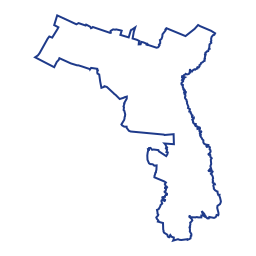 Jantetelco, Morelos, Mexico
{"feature_id": "50627088B92238721973394", "entity_name": "Jantetelco", "entity_type": "district", "adm_level": 2, "iso_a3": "MEX", "parent_name": "Mexico", "parent_adm1": "Morelos", "projection": "albers", "projection_center": [-98.756, 18.67], "detail": "fine", "context": "isolated", "style": "outline", "palette": "blue", "viewbox_px": 256, "rotation_deg": 0, "n_neighbors": 0, "source": "geoboundaries", "source_scale": "gbopen_adm2", "svg_char_len": 5880}
<svg xmlns="http://www.w3.org/2000/svg" viewBox="0 0 256 256"><path d="M209.5,217.0L214.0,217.9L215.6,217.2L216.4,215.8L216.6,215.0L218.2,215.3L218.5,214.5L218.4,212.6L217.2,207.9L217.5,205.8L219.9,204.2L220.6,202.7L220.9,201.4L220.0,197.5L219.3,195.8L219.5,194.8L218.2,194.8L217.7,193.3L217.5,191.5L216.7,191.3L215.0,190.2L213.8,188.7L213.9,187.9L213.3,185.7L213.8,184.6L214.3,184.3L214.9,184.3L214.8,184.0L214.5,183.5L213.4,183.2L212.7,182.6L212.7,181.9L213.1,181.1L212.7,179.8L212.8,178.9L213.1,178.4L213.0,177.8L212.7,176.5L212.1,175.2L210.8,173.8L211.1,173.1L212.1,172.7L212.6,171.5L211.5,170.7L209.4,171.2L208.8,171.0L208.6,170.7L209.7,169.3L210.4,169.9L211.2,169.8L211.4,169.6L210.4,166.1L211.2,164.0L210.8,159.8L210.9,159.2L211.7,158.4L211.6,158.0L210.3,156.8L210.3,154.9L210.1,154.6L208.8,154.8L208.5,154.4L208.6,154.0L209.6,154.0L209.8,152.7L210.4,152.1L210.6,151.5L210.4,150.1L209.6,149.3L209.9,147.3L208.9,146.5L206.8,146.9L206.4,146.3L206.5,145.9L208.3,145.6L208.4,145.0L205.5,144.5L203.9,143.5L203.3,142.1L203.4,140.3L202.2,139.2L201.9,138.3L201.0,137.1L200.2,135.7L200.8,135.1L200.8,134.6L199.9,134.0L199.8,133.3L201.1,132.3L201.3,131.6L201.1,131.3L199.6,131.4L199.4,131.1L199.4,130.0L200.0,128.6L200.0,128.0L199.5,127.3L199.1,127.3L198.2,128.7L197.5,128.9L197.4,128.1L198.3,127.2L197.5,126.5L195.6,126.1L195.1,125.2L195.8,124.8L195.8,124.0L194.3,123.8L193.3,122.9L193.0,122.1L193.2,121.9L193.0,120.9L192.3,119.7L193.7,118.7L193.9,117.8L193.8,117.4L193.0,117.6L192.1,117.3L192.0,116.3L192.5,115.4L191.5,114.7L191.2,113.5L190.6,112.9L190.7,112.2L190.3,111.7L189.3,111.5L189.9,109.2L188.0,108.0L188.4,106.7L187.0,103.3L187.1,101.9L186.6,101.1L186.6,100.1L185.2,98.4L184.9,97.1L185.4,96.2L185.4,95.1L185.2,94.7L184.6,94.4L184.6,93.9L185.0,93.2L185.7,92.8L185.8,92.3L184.1,92.4L184.2,91.9L185.0,91.1L184.9,90.4L184.3,89.7L183.7,89.9L183.4,89.5L183.2,88.9L183.5,88.4L182.7,87.0L182.9,84.9L182.5,84.7L182.1,84.9L181.8,84.8L181.4,84.0L181.4,83.5L181.7,82.6L183.1,81.4L183.1,80.6L182.9,80.3L182.0,80.0L182.2,79.6L183.7,79.3L184.1,77.9L185.0,77.3L184.1,77.0L182.4,77.7L182.0,77.4L182.1,76.2L183.2,76.0L184.2,74.9L185.5,74.4L185.7,73.9L186.8,74.3L187.8,74.3L189.0,73.8L189.5,73.1L189.5,72.5L190.1,72.4L189.9,71.7L190.2,71.1L189.8,70.3L189.9,69.9L190.3,69.9L190.8,71.0L192.0,71.5L192.7,70.4L194.4,69.3L195.1,69.7L196.4,68.8L197.2,68.6L197.1,68.2L197.2,67.4L197.4,67.2L198.1,67.6L198.8,67.4L198.9,67.0L199.5,66.4L199.4,65.2L200.6,64.4L200.9,63.2L202.9,62.0L203.6,61.2L204.6,60.9L204.7,59.7L204.4,59.1L205.0,58.6L204.8,57.4L205.5,55.0L205.0,55.0L204.9,54.6L205.2,54.1L205.3,52.9L205.6,52.5L206.2,52.5L206.8,51.4L208.2,51.1L208.7,49.2L209.6,48.8L209.1,48.1L209.3,47.4L209.5,44.4L211.3,42.8L210.8,41.5L211.3,40.8L211.1,38.9L211.6,36.9L213.1,35.1L214.3,34.8L215.1,33.3L211.1,30.8L200.0,26.1L198.1,25.0L194.6,28.9L185.5,36.1L166.4,28.2L165.5,29.3L165.9,29.6L165.5,30.5L162.5,34.3L162.3,36.6L161.6,38.7L161.2,39.2L159.9,40.1L160.2,41.1L160.2,43.2L159.0,44.7L159.5,45.2L158.7,46.6L157.9,47.4L156.5,47.7L148.6,45.1L147.5,44.1L147.2,44.9L146.4,44.6L146.3,43.6L143.5,42.4L141.3,41.9L140.6,44.3L138.7,44.4L138.9,42.4L139.3,41.0L136.9,39.8L132.6,38.5L133.8,31.8L135.2,27.4L131.4,30.0L131.2,29.9L130.8,30.4L128.7,37.4L120.4,34.9L121.7,30.7L120.7,30.4L116.1,29.4L115.2,29.7L113.1,29.4L110.6,30.9L110.5,31.8L110.8,32.7L110.2,32.9L92.8,27.0L92.1,27.7L91.0,28.2L90.3,26.8L86.4,24.7L86.1,24.6L85.6,25.5L78.5,23.1L76.4,24.3L57.2,15.4L54.2,25.1L58.4,27.3L57.6,28.9L52.2,37.6L49.3,36.5L47.7,38.6L39.5,53.3L37.9,55.4L35.1,57.3L54.2,67.2L56.8,61.9L58.7,59.9L59.4,58.2L70.8,63.4L77.0,65.3L78.3,65.3L82.1,66.5L89.9,69.1L90.0,69.4L91.1,67.9L97.2,68.8L97.1,69.9L97.9,70.3L97.2,71.9L97.5,73.6L99.2,74.5L100.2,81.6L101.4,87.8L104.0,86.9L104.4,86.2L106.9,87.0L113.8,93.4L114.2,93.9L115.5,94.8L119.7,99.0L123.9,97.7L124.3,97.3L126.8,96.6L126.7,98.7L124.2,103.1L124.5,103.3L123.5,106.6L124.0,107.2L123.6,110.0L124.3,110.7L125.2,114.4L125.1,115.1L125.0,116.3L124.6,117.0L124.5,118.6L124.1,120.0L121.4,124.4L122.1,125.4L124.3,126.7L126.6,126.7L126.7,127.9L128.9,130.8L130.7,131.5L163.9,134.6L164.4,135.0L173.6,134.2L173.9,144.2L164.5,143.5L165.4,144.5L166.1,146.1L167.1,147.5L166.7,148.0L166.1,147.7L165.8,148.4L165.9,148.6L166.8,148.8L167.1,149.6L166.5,152.0L167.1,152.0L167.8,152.4L167.3,154.4L166.2,156.1L158.8,151.3L158.4,150.1L153.6,149.5L152.1,149.8L150.5,147.9L149.0,148.1L149.0,149.6L148.0,149.3L148.2,150.6L147.7,152.3L147.3,155.5L147.5,159.8L149.0,163.3L150.3,164.1L152.2,164.2L153.2,164.6L154.3,165.7L156.6,165.4L156.4,169.9L155.9,171.5L156.0,172.1L155.8,172.6L155.3,172.9L155.0,174.6L154.5,175.7L154.4,177.3L164.2,181.4L165.9,182.5L164.8,184.1L165.5,185.4L165.6,186.7L166.7,186.7L167.1,187.2L166.7,187.8L165.4,187.6L165.0,187.8L165.0,188.2L166.0,188.8L166.0,189.5L165.6,191.0L164.6,191.5L164.6,192.0L165.1,192.5L167.0,193.8L167.0,194.7L166.5,195.0L165.7,195.0L165.0,195.9L164.9,196.9L162.9,197.0L162.3,197.3L162.4,198.0L165.1,199.9L165.0,200.6L164.5,201.0L162.6,199.9L161.7,200.2L161.4,201.1L162.2,203.6L160.6,205.0L160.1,206.7L158.6,209.2L157.0,209.9L157.5,212.2L157.5,213.7L158.3,214.6L158.1,215.4L156.3,217.4L156.8,218.7L158.4,220.6L157.9,221.6L163.0,223.0L163.2,229.5L163.6,230.8L163.5,231.5L164.1,232.7L167.3,234.7L167.8,236.5L168.5,237.1L169.2,237.3L169.9,236.6L169.9,235.6L170.3,235.0L171.6,236.8L173.8,237.5L173.7,239.3L173.1,240.6L178.0,239.2L179.5,239.8L181.3,240.0L187.3,239.2L187.5,239.8L190.3,238.7L190.4,239.0L190.8,235.8L191.3,235.7L191.4,234.1L189.8,231.4L190.0,230.3L189.8,228.0L190.0,227.4L189.6,227.3L190.4,224.4L190.2,222.6L191.1,221.9L192.3,220.4L191.6,218.8L189.3,216.8L189.8,215.2L189.8,216.9L190.7,217.2L195.6,217.4L196.2,217.1L197.7,217.2L198.0,217.4L201.3,217.4L201.3,215.5L203.1,215.5L203.4,215.7L201.7,211.1L204.2,213.8L204.9,215.3L205.5,216.0L206.1,217.2L207.4,218.4L208.6,218.4L208.7,217.7L209.5,217.6L209.5,217.0Z" fill="none" stroke="#1e3a8a" stroke-width="2"/></svg>